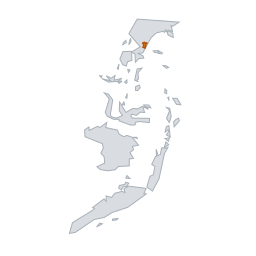 Dogiyai, Papua, Indonesia shown in context, rotated 274°
{"feature_id": "22746128B76462588476684", "entity_name": "Dogiyai", "entity_type": "district", "adm_level": 2, "iso_a3": "IDN", "parent_name": "Indonesia", "parent_adm1": "Papua", "projection": "equal_earth", "projection_center": [135.829, -3.999], "detail": "fine", "context": "in_parent", "style": "filled", "palette": "amber", "viewbox_px": 256, "rotation_deg": 274, "n_neighbors": 0, "source": "geoboundaries", "source_scale": "gbopen_adm2", "svg_char_len": 4758}
<svg xmlns="http://www.w3.org/2000/svg" viewBox="0 0 256 256"><g transform="rotate(274 128 128)"><path d="M87.2,99.7L91.4,107.2L97.7,106.2L100.9,102.7L106.3,104.8L110.6,103.4L116.3,85.7L123.1,84.8L126.3,89.0L122.9,89.4L127.7,97.8L126.3,99.7L132.0,106.4L126.9,105.7L125.2,117.7L121.3,119.5L119.1,124.3L120.5,127.6L119.0,132.9L111.6,139.7L109.9,133.6L106.8,135.1L103.6,131.7L98.0,135.7L97.2,131.4L90.3,131.9L88.9,121.0L85.4,118.0L83.9,110.5L84.6,103.1L87.2,99.7ZM18.7,76.9L29.7,79.2L43.6,98.6L45.4,100.2L46.2,98.2L55.6,109.0L53.3,111.4L58.7,110.9L57.6,116.5L62.0,119.5L64.3,126.3L63.4,129.5L67.0,128.1L70.1,132.8L69.0,150.3L63.6,148.4L63.5,150.8L48.8,133.2L42.6,118.1L37.1,110.5L34.4,100.7L20.2,82.7L18.7,76.9ZM237.3,129.6L237.2,171.5L232.6,165.6L233.2,163.8L227.3,165.8L228.3,161.7L226.6,159.5L227.2,159.2L228.1,159.3L228.7,159.1L225.9,157.5L227.2,157.0L224.7,149.4L219.6,144.7L203.8,137.4L203.2,132.5L201.1,137.9L198.8,138.9L198.0,134.0L194.2,130.8L202.5,129.7L203.6,126.3L195.8,127.2L194.0,122.8L189.6,122.0L190.8,118.3L196.3,115.1L203.8,117.6L204.9,127.7L209.9,134.5L222.2,122.3L237.3,129.6ZM160.3,106.3L154.9,110.8L139.7,109.4L137.8,111.0L137.2,116.3L140.1,121.6L144.4,118.1L153.3,117.8L143.4,124.9L147.9,131.5L147.7,136.1L150.7,141.1L144.6,143.5L144.7,139.2L141.2,135.5L142.0,130.5L140.1,130.0L138.2,131.8L139.1,148.8L134.9,148.9L135.2,138.8L134.4,135.4L131.5,134.7L131.1,130.3L134.5,118.6L136.1,118.3L135.6,113.3L138.2,106.5L142.1,104.2L155.7,107.3L161.4,101.9L160.3,106.3ZM70.5,150.9L81.4,153.3L83.1,156.5L91.5,157.5L93.3,154.2L101.5,157.4L103.9,162.1L110.6,163.0L110.5,166.9L111.5,169.2L105.1,166.1L79.6,162.5L66.8,156.8L70.5,150.9ZM173.9,107.3L178.5,102.6L176.5,108.0L179.5,111.4L174.7,110.8L177.2,118.5L173.7,114.3L172.5,105.4L175.4,98.6L173.9,107.3ZM176.2,131.3L187.5,133.0L188.7,137.7L184.1,134.2L177.7,135.0L175.9,133.1L174.8,135.3L176.2,131.3ZM150.6,168.2L142.3,170.3L136.4,168.8L140.2,165.8L148.4,168.3L151.2,165.0L150.6,168.2ZM126.6,165.3L132.1,166.2L133.2,168.6L122.0,170.8L123.8,166.7L127.6,169.0L128.9,168.1L126.6,165.3ZM160.8,170.4L161.0,175.0L154.8,179.1L155.0,174.7L160.8,170.4ZM70.1,123.5L71.6,128.7L73.8,129.4L73.1,132.6L69.9,131.0L68.8,126.8L65.7,125.9L67.3,122.9L70.1,123.5ZM225.6,166.1L221.4,166.8L223.5,161.5L226.7,160.4L227.8,162.4L225.6,166.1ZM137.4,173.1L140.0,175.3L141.3,177.8L138.7,178.7L132.4,174.0L137.4,173.1ZM169.8,132.7L171.6,136.2L169.0,137.4L165.9,134.8L166.1,132.8L169.8,132.7ZM110.9,165.4L116.8,166.9L114.2,169.8L110.9,165.4ZM120.1,165.6L121.1,170.0L117.6,169.4L120.1,165.6ZM80.5,130.2L77.7,133.5L77.9,129.3L80.5,130.2ZM206.7,147.8L207.4,153.3L206.1,153.6L205.0,149.6L206.7,147.8ZM108.9,157.6L104.4,159.3L102.4,158.3L108.9,157.6ZM152.2,142.1L152.3,147.2L149.7,149.3L150.6,142.6L152.2,142.1ZM27.1,103.6L31.2,106.5L30.6,109.1L27.1,103.6ZM37.1,124.2L35.5,123.2L34.8,119.0L36.0,118.9L37.1,124.2ZM191.2,164.3L190.3,162.3L192.7,158.6L192.7,161.9L191.2,164.3ZM186.5,113.2L191.2,114.6L185.9,114.1L186.5,113.2ZM158.1,123.5L162.4,124.9L157.6,124.8L158.1,123.5ZM150.2,144.6L148.0,147.1L149.9,142.6L150.2,144.6ZM210.6,117.0L213.0,117.4L215.3,119.8L213.1,120.4L210.6,117.0ZM169.6,162.2L168.1,164.0L164.9,164.2L165.7,162.1L169.6,162.2ZM206.5,154.3L205.5,156.9L204.4,156.8L204.5,152.7L206.5,154.3ZM175.9,123.5L173.1,123.9L172.3,123.0L173.5,121.4L175.9,123.5ZM211.0,123.0L214.5,123.4L217.8,124.4L214.6,125.0L211.0,123.0ZM150.8,120.4L153.7,122.1L150.7,123.0L150.8,120.4ZM178.2,98.4L176.3,97.9L178.1,96.0L178.2,98.4ZM158.2,167.0L161.3,165.5L161.7,166.4L158.2,167.0ZM186.5,123.7L186.0,126.0L183.5,124.8L184.8,124.1L186.5,123.7ZM119.3,137.0L118.1,138.6L119.1,133.7L119.3,137.0ZM173.1,114.8L174.6,118.0L174.1,118.5L171.9,116.0L173.1,114.8Z" fill="#d9dde1" stroke="#a8b0b8" stroke-width="1"/><path d="M214.6,138.5L214.6,138.4L214.5,138.2L214.4,138.1L214.4,137.9L214.2,137.6L214.2,137.4L214.1,137.2L213.9,136.9L213.7,136.8L213.6,137.0L213.4,137.1L213.2,137.1L213.0,137.3L212.9,137.4L212.9,137.5L212.7,137.5L212.4,137.7L212.2,137.7L212.0,137.8L211.9,137.8L211.7,137.9L211.7,138.0L211.4,138.1L211.2,137.9L211.0,137.7L210.9,137.7L210.7,137.7L210.4,137.7L210.1,137.5L209.9,137.5L209.7,137.4L209.7,137.5L209.4,138.0L209.2,138.5L209.0,138.8L209.0,139.0L209.0,139.4L209.0,139.5L209.3,139.5L209.5,139.6L209.8,139.6L210.0,139.6L210.3,139.6L210.5,139.6L210.8,139.7L210.8,139.8L211.0,139.8L211.3,139.9L211.5,139.9L211.7,140.0L211.8,140.0L211.9,139.9L212.0,139.9L212.3,139.9L212.5,139.9L212.5,140.0L212.8,140.0L213.0,140.0L213.3,140.0L213.5,140.2L213.6,140.3L213.6,140.2L213.7,140.3L213.7,140.2L213.8,140.2L213.8,140.3L213.9,140.2L214.0,140.2L213.9,140.0L213.9,139.9L214.0,139.8L214.0,139.7L213.9,139.5L214.0,139.3L214.0,139.2L214.0,138.9L214.2,138.7L214.3,138.7L214.5,138.7L214.6,138.5Z" fill="#f59e0b" stroke="#b45309" stroke-width="1.5"/></g></svg>